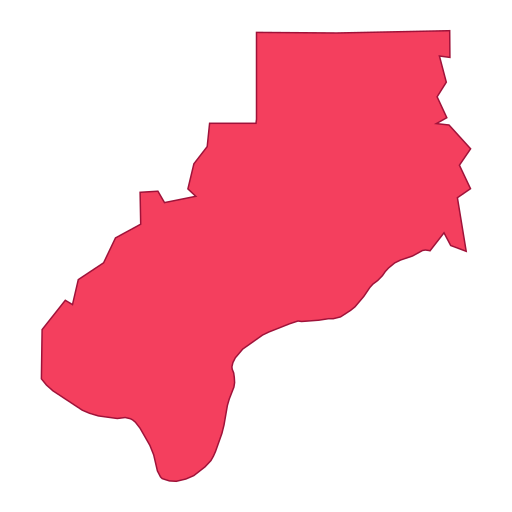 Spencer, Indiana, United States of America
{"feature_id": "52423323B86560635582080", "entity_name": "Spencer", "entity_type": "district", "adm_level": 2, "iso_a3": "USA", "parent_name": "United States of America", "parent_adm1": "Indiana", "projection": "natural_earth1", "projection_center": [-87.008, 37.994], "detail": "fine", "context": "isolated", "style": "filled", "palette": "rose", "viewbox_px": 512, "rotation_deg": 0, "n_neighbors": 0, "source": "geoboundaries", "source_scale": "gbopen_adm2", "svg_char_len": 1302}
<svg xmlns="http://www.w3.org/2000/svg" viewBox="0 0 512 512"><path d="M449.7,30.7L336.7,33.0L256.5,32.4L256.5,119.3L256.0,123.3L209.6,123.3L207.2,146.6L193.9,163.8L187.9,188.9L195.8,196.3L164.5,202.6L157.9,191.2L140.1,192.3L140.7,224.2L115.5,237.9L103.6,262.8L78.3,279.6L72.5,304.6L65.3,300.3L42.1,329.6L41.4,378.8L46.4,385.0L52.9,390.8L82.3,410.2L89.6,413.3L98.3,415.9L117.3,418.5L125.2,417.5L130.3,418.7L132.5,419.8L135.4,422.2L140.0,428.1L149.9,445.4L153.7,454.9L157.4,470.9L160.5,476.9L162.2,478.6L169.4,480.9L176.3,481.3L185.9,479.0L193.8,475.6L205.2,466.7L205.9,465.9L210.9,460.6L213.4,456.2L215.5,451.5L221.9,433.4L224.0,425.0L227.4,405.4L229.3,398.9L233.9,387.1L234.6,382.6L234.3,377.4L233.7,373.0L232.2,369.2L231.9,366.8L232.9,362.6L235.3,357.8L242.8,349.0L262.6,335.0L268.6,332.1L289.5,323.8L298.0,321.0L301.6,321.5L318.8,320.2L328.5,318.7L333.3,318.7L340.5,316.9L350.8,310.2L355.0,306.8L363.8,296.4L369.9,287.4L373.0,284.0L377.7,280.5L382.4,275.7L385.3,271.5L388.5,268.0L394.7,262.9L400.6,260.0L412.5,256.0L422.5,250.5L425.4,250.0L429.5,250.6L430.0,250.8L444.0,232.8L450.7,245.5L466.2,251.3L457.4,197.7L470.5,188.7L459.4,165.2L470.6,148.8L449.0,125.0L436.3,123.6L446.8,117.7L437.1,96.8L446.3,82.2L439.4,56.0L449.9,57.4L449.7,30.7Z" fill="#f43f5e" stroke="#9f1239" stroke-width="1.5"/></svg>